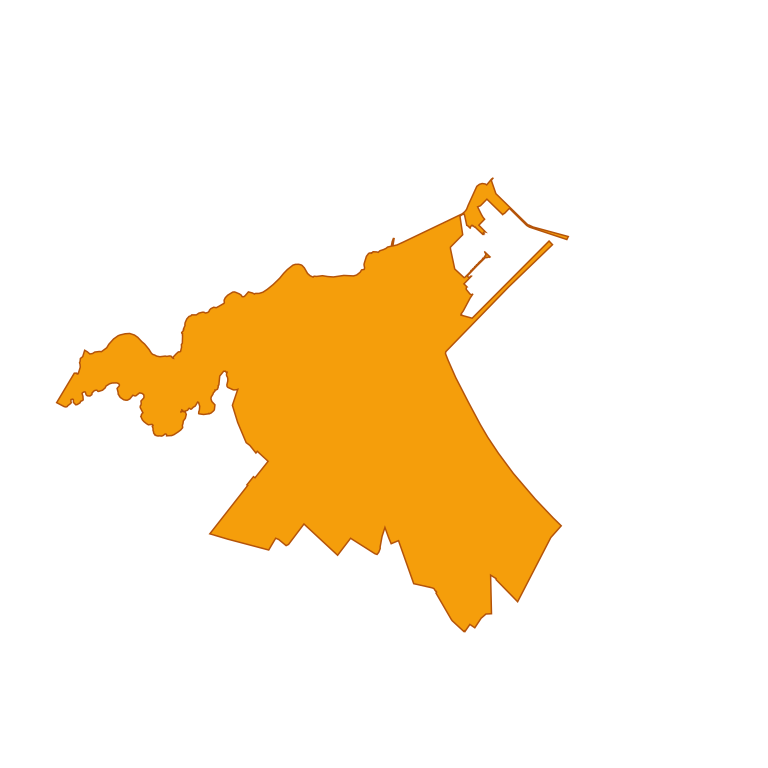 outline of Navodari, Constanta, Romania, rotated 312°
{"feature_id": "2599482B88144558423890", "entity_name": "Navodari", "entity_type": "district", "adm_level": 2, "iso_a3": "ROU", "parent_name": "Romania", "parent_adm1": "Constanta", "projection": "equal_earth", "projection_center": [28.615, 44.33], "detail": "fine", "context": "isolated", "style": "filled", "palette": "amber", "viewbox_px": 768, "rotation_deg": 312, "n_neighbors": 0, "source": "geoboundaries", "source_scale": "gbopen_adm2", "svg_char_len": 6171}
<svg xmlns="http://www.w3.org/2000/svg" viewBox="0 0 768 768"><g transform="rotate(312 384 384)"><path d="M153.2,161.5L154.1,163.0L155.4,163.7L156.2,163.5L160.0,164.2L161.1,163.9L161.4,163.1L163.0,161.8L164.4,162.7L164.6,163.5L162.5,165.6L162.3,168.9L163.5,169.8L166.6,170.7L168.1,170.2L170.3,171.1L171.0,171.0L173.4,168.5L174.9,166.0L175.7,165.8L177.1,166.2L177.9,166.8L178.1,167.5L176.7,169.8L176.7,171.4L178.3,173.5L180.6,174.0L182.1,173.0L185.3,173.2L186.9,174.3L187.3,175.0L187.1,176.3L187.5,176.9L191.1,179.0L194.5,179.4L196.5,178.8L200.5,179.9L202.8,181.3L205.9,184.5L206.6,186.2L206.6,187.2L206.3,188.0L205.5,188.5L202.1,188.6L200.0,191.8L198.5,193.4L198.1,195.4L197.7,195.8L197.6,197.5L198.1,201.1L199.3,203.1L200.4,204.2L202.9,205.1L207.6,204.9L208.5,206.9L209.2,207.5L213.9,208.3L215.2,210.7L215.2,212.8L213.6,214.5L212.7,214.8L208.7,214.8L207.0,216.7L205.6,217.5L204.5,217.6L203.4,218.6L201.3,224.1L200.3,224.0L198.7,224.3L198.0,224.9L197.2,224.9L195.7,228.4L195.4,230.7L195.6,234.0L196.0,236.2L198.8,238.6L198.8,240.0L198.4,240.3L197.7,240.0L197.4,240.2L196.6,241.9L194.8,243.6L194.3,244.8L193.5,245.5L192.9,247.6L193.2,247.6L193.1,249.0L194.2,251.0L194.8,251.3L196.6,253.7L198.2,254.4L200.2,254.7L200.9,255.3L200.9,256.3L200.0,257.1L203.6,260.7L205.8,261.8L210.7,263.1L213.9,263.7L216.8,263.6L218.5,261.7L219.9,261.2L222.3,259.6L225.6,259.3L229.1,257.4L230.1,255.4L229.9,254.5L228.6,252.3L227.3,251.9L227.6,251.5L229.2,251.6L229.5,251.2L229.7,251.8L229.2,252.1L229.2,252.6L230.1,254.0L233.0,255.6L235.3,255.3L235.7,255.6L235.9,257.1L236.6,257.7L239.1,257.8L241.3,258.5L245.9,257.6L246.2,258.5L244.2,261.9L241.0,264.3L239.3,265.0L238.0,266.1L238.0,266.4L240.6,270.3L244.0,273.2L244.9,273.5L244.8,274.0L246.7,274.9L249.9,275.3L251.3,275.2L255.4,272.3L255.8,267.7L257.2,265.3L258.7,264.3L262.0,263.7L263.2,263.1L265.6,263.1L266.5,262.4L266.8,263.0L268.7,263.7L270.7,262.9L271.9,261.8L272.8,261.9L280.0,256.6L286.1,256.3L287.4,257.6L287.1,258.7L287.8,259.5L286.0,260.3L285.1,261.2L284.7,261.8L284.6,262.6L283.4,264.4L281.7,265.9L278.2,267.8L277.2,269.0L277.0,270.2L278.6,275.4L279.1,276.4L281.0,278.2L282.2,278.9L266.7,285.6L257.5,301.0L248.2,320.8L248.6,325.4L247.0,335.0L249.2,334.9L249.0,349.6L228.0,350.9L227.8,349.0L217.3,349.6L217.4,350.6L156.1,354.8L164.1,371.6L183.5,409.4L196.9,406.7L198.0,409.8L198.4,419.4L200.9,420.4L226.4,418.2L225.7,464.1L247.0,462.4L251.8,490.8L252.7,492.9L255.4,492.7L259.1,491.3L260.4,490.1L269.5,484.5L278.0,480.7L273.1,489.9L270.1,496.2L277.3,499.6L255.5,539.7L264.8,556.3L265.4,558.0L264.7,560.3L264.8,561.6L264.5,561.6L264.3,562.5L263.4,562.6L254.0,591.7L253.7,593.3L253.5,608.8L254.2,608.8L254.1,609.8L262.8,608.7L263.6,614.6L274.9,612.9L281.3,613.7L285.2,617.6L313.3,591.1L314.4,597.5L313.6,598.2L311.6,629.0L381.5,610.7L397.2,610.6L397.7,599.0L399.7,573.3L404.1,539.9L409.1,515.3L413.8,496.9L418.3,482.7L427.0,458.7L436.8,432.9L444.5,415.8L447.7,409.4L449.3,408.3L539.7,411.7L600.3,416.0L600.7,411.0L491.9,405.5L486.4,394.5L487.0,395.4L487.5,395.2L487.4,394.6L487.8,394.4L491.4,394.0L505.5,390.5L510.6,389.8L509.0,389.6L508.4,387.7L509.3,381.9L510.0,381.1L511.4,380.5L511.7,380.7L511.9,376.4L522.6,376.8L522.4,376.4L520.0,376.1L519.8,375.4L520.0,373.6L534.0,374.0L545.5,374.7L546.2,375.0L546.6,375.8L548.6,377.0L548.8,377.7L549.4,377.8L549.6,370.5L549.0,370.5L549.3,370.6L549.1,371.9L547.6,373.8L546.4,373.3L545.2,373.8L543.9,373.7L543.5,373.3L542.1,373.7L537.7,373.2L535.3,373.4L534.6,373.0L532.9,373.3L532.0,372.9L530.9,373.3L529.0,372.9L526.9,373.1L526.5,372.7L525.7,373.1L521.9,373.0L517.1,372.7L516.6,372.3L516.8,359.6L528.9,343.0L530.1,341.8L547.6,342.6L559.4,328.3L560.5,328.3L563.5,329.2L563.3,329.5L563.9,329.9L563.1,331.3L557.3,339.3L557.6,340.2L557.5,343.7L557.9,343.7L558.2,343.0L560.8,343.1L561.0,343.5L560.8,344.0L561.2,344.2L561.2,346.3L561.8,347.0L561.5,347.9L561.3,357.4L561.6,357.7L561.7,356.9L562.0,356.8L562.6,356.8L562.4,357.3L562.7,357.6L562.8,356.7L564.5,356.8L564.9,357.6L565.5,348.2L573.8,348.5L574.1,346.1L575.1,343.0L578.3,335.0L581.0,336.4L590.2,336.8L589.3,358.9L590.6,358.9L591.3,359.4L597.9,359.6L598.4,360.1L597.3,384.0L597.9,387.1L613.7,423.2L616.9,422.3L600.4,389.7L599.1,385.4L598.5,384.3L600.3,339.8L606.9,327.9L607.6,327.4L610.4,327.3L608.2,326.8L600.7,327.1L600.4,325.4L598.7,322.8L596.2,321.3L593.0,320.7L573.3,326.9L569.0,328.5L566.1,328.7L562.9,328.3L502.2,303.3L495.8,300.5L492.6,298.2L498.8,294.2L498.4,293.6L495.3,294.8L491.3,297.2L488.1,295.0L486.3,294.8L483.6,293.7L480.3,291.8L477.9,291.6L477.4,290.4L475.0,287.4L473.7,287.3L473.1,286.8L472.3,287.7L472.7,287.0L471.8,285.7L470.7,285.2L467.1,285.5L460.4,288.6L459.2,289.4L457.3,291.9L455.9,292.6L453.8,291.0L451.0,291.5L446.6,290.7L443.9,289.0L437.8,281.5L429.7,274.8L426.2,270.3L423.3,265.8L418.9,262.0L417.3,259.9L416.0,259.8L415.0,256.6L415.0,253.2L417.0,247.1L417.3,243.8L417.0,242.6L415.9,240.5L413.5,238.0L411.4,236.8L404.4,235.6L399.1,235.4L392.9,235.7L383.8,235.1L376.1,233.9L371.2,232.6L367.8,230.6L365.1,227.7L364.2,227.6L363.6,225.3L361.7,221.6L356.8,221.7L355.6,221.6L354.5,220.9L354.0,220.1L354.5,218.4L354.2,216.2L352.8,212.2L352.3,211.2L351.1,210.1L345.4,208.4L342.0,208.3L339.3,209.1L337.5,211.0L336.8,211.1L329.2,208.6L328.4,208.2L327.1,206.1L324.1,204.9L322.0,204.9L320.9,205.4L319.3,205.2L317.3,203.9L316.8,202.1L315.8,201.0L312.8,199.0L309.8,198.3L306.6,194.8L305.5,194.9L303.7,193.9L300.5,193.9L296.7,195.1L295.1,196.1L294.5,196.9L290.6,198.2L290.2,198.5L290.4,198.7L289.4,199.2L286.9,199.2L286.5,199.6L286.5,200.8L285.5,201.3L285.2,201.9L279.3,206.9L277.8,207.0L275.8,209.0L272.1,211.0L271.2,210.7L270.3,209.7L267.4,209.4L262.8,209.3L262.2,210.3L261.9,209.6L262.2,207.1L261.3,205.8L259.2,204.2L258.4,202.8L254.3,199.2L252.6,196.4L252.1,194.3L251.2,192.2L251.3,190.3L252.5,186.1L253.5,179.3L253.4,175.5L253.9,169.8L253.4,165.8L251.4,161.2L248.1,158.0L243.9,155.1L241.9,154.1L236.5,152.9L229.5,152.9L225.4,153.7L219.0,152.4L217.6,150.6L214.2,147.7L211.6,147.0L209.5,145.3L209.4,141.9L208.8,139.0L202.7,141.8L199.8,141.3L197.3,143.1L196.1,143.5L195.2,145.0L193.3,147.0L187.0,149.9L186.1,149.3L186.5,148.4L184.8,146.6L151.1,153.2L153.2,161.5Z" fill="#f59e0b" stroke="#b45309" stroke-width="1.5"/></g></svg>